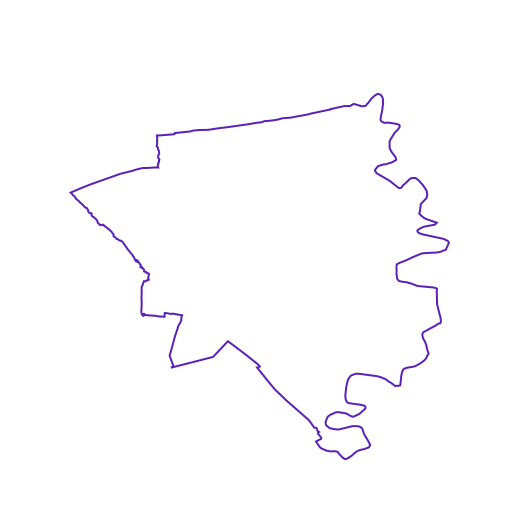 the district of Vetrisoaia, Vaslui, Romania, rotated 11°
{"feature_id": "2599482B68362790153734", "entity_name": "Vetrisoaia", "entity_type": "district", "adm_level": 2, "iso_a3": "ROU", "parent_name": "Romania", "parent_adm1": "Vaslui", "projection": "robinson", "projection_center": [28.193, 46.447], "detail": "fine", "context": "isolated", "style": "outline", "palette": "violet", "viewbox_px": 512, "rotation_deg": 11, "n_neighbors": 0, "source": "geoboundaries", "source_scale": "gbopen_adm2", "svg_char_len": 6085}
<svg xmlns="http://www.w3.org/2000/svg" viewBox="0 0 512 512"><g transform="rotate(11 256 256)"><path d="M350.3,426.7L354.7,431.1L356.1,432.1L361.6,433.5L363.9,433.7L367.3,433.4L370.7,432.6L372.9,432.6L373.9,433.0L375.5,434.5L378.1,436.4L380.0,437.6L381.9,438.4L383.7,437.8L386.0,435.9L388.2,433.6L389.4,431.9L392.0,428.7L394.6,426.9L396.6,425.9L398.7,425.1L403.2,422.4L403.7,421.4L404.1,419.6L401.6,416.4L396.4,410.6L395.5,409.3L394.2,406.8L393.4,405.5L392.9,405.0L391.6,404.1L389.2,403.6L384.2,404.3L381.9,405.2L370.1,410.6L368.4,410.8L365.8,411.0L361.6,411.0L359.9,410.3L357.7,409.1L356.7,408.0L356.3,407.0L356.1,405.8L356.1,404.6L356.7,401.5L357.4,399.6L360.2,396.9L361.6,396.2L363.5,394.6L365.8,393.7L367.5,393.5L369.2,393.6L371.7,393.3L374.3,393.4L376.0,393.7L379.0,394.9L381.6,395.3L382.4,395.1L387.7,391.2L392.1,385.4L392.5,384.4L392.2,383.2L391.6,382.6L390.8,382.3L388.2,382.1L385.5,382.1L383.8,382.3L375.0,382.7L374.1,382.6L372.7,381.6L371.1,378.9L370.7,377.5L370.2,375.3L369.6,367.2L369.7,362.6L370.0,359.7L371.4,356.1L372.6,354.8L374.5,353.7L375.8,352.8L377.8,352.2L380.3,351.9L397.4,350.9L401.1,351.1L406.3,352.1L409.0,353.2L409.6,353.7L412.9,354.8L417.6,357.2L418.6,356.5L420.0,356.5L422.3,355.4L421.5,346.3L421.5,343.4L421.8,340.5L422.1,339.6L422.7,338.8L424.3,337.5L426.2,336.6L430.3,335.1L433.3,333.8L435.7,331.8L438.1,329.7L441.5,325.9L442.8,323.2L443.1,321.3L443.7,320.0L444.0,318.8L441.3,314.0L440.3,311.3L438.8,308.7L436.9,306.3L436.2,305.6L435.6,304.8L434.2,301.3L434.5,299.5L435.0,298.7L445.2,290.3L448.1,287.5L449.4,287.1L450.0,286.0L450.0,285.0L449.1,281.8L443.0,268.9L440.2,256.4L439.9,253.6L439.4,253.3L437.6,253.1L435.5,253.1L420.5,254.6L416.6,254.0L413.1,253.3L410.8,253.3L409.8,253.0L404.9,253.3L401.1,253.3L399.4,251.9L398.8,251.0L397.2,246.2L397.0,244.4L395.9,239.7L395.8,237.7L396.2,236.9L399.8,234.3L403.5,232.1L410.3,227.1L417.6,222.3L419.3,221.5L421.4,220.9L428.5,219.1L432.8,218.1L436.7,216.5L439.2,214.7L441.1,213.7L442.8,206.6L442.6,205.6L441.8,205.0L440.9,204.5L437.3,203.5L434.2,203.3L416.3,203.0L414.0,202.8L411.5,202.3L410.5,201.8L409.9,201.1L409.6,199.9L412.3,197.2L415.4,195.1L425.6,191.1L427.1,188.8L416.4,187.3L414.0,186.7L410.4,184.9L408.1,183.1L408.4,181.3L407.9,173.7L408.2,172.9L412.0,167.1L412.4,166.3L412.3,162.5L411.1,159.6L408.7,156.9L405.8,154.1L404.1,153.0L402.1,151.3L398.8,149.4L397.7,149.1L396.5,149.2L393.4,150.0L391.9,151.6L389.7,154.9L386.8,158.7L385.8,160.9L385.1,161.6L383.5,162.1L382.3,161.6L372.7,156.6L358.7,151.8L356.6,149.6L356.4,148.7L358.7,144.5L363.3,142.0L366.1,141.1L369.7,139.1L371.2,138.4L375.0,135.3L375.1,134.4L374.3,132.6L373.6,131.8L372.0,130.5L369.1,127.8L366.6,124.7L365.3,118.3L365.4,117.3L366.3,114.6L368.7,108.4L370.4,106.0L371.8,103.4L372.4,101.6L372.1,100.7L371.6,99.9L368.3,99.5L360.7,99.8L356.5,100.8L355.4,100.6L353.3,99.8L352.6,99.1L352.2,98.2L352.0,95.4L352.1,89.7L352.0,86.9L351.7,84.9L351.8,83.2L351.8,82.4L351.1,80.1L350.9,78.7L350.4,77.1L349.2,75.3L347.8,74.2L346.9,73.8L345.1,73.6L344.3,73.7L341.8,76.1L339.3,79.4L336.7,84.9L335.9,85.6L335.5,87.0L335.0,87.6L332.7,88.6L331.0,88.8L323.0,88.0L319.7,90.8L316.3,91.6L314.6,91.8L312.6,92.6L301.1,97.6L301.2,97.9L282.5,105.8L280.5,106.9L263.5,113.6L254.9,116.0L253.4,117.0L249.1,118.8L243.1,120.8L238.3,122.1L235.9,123.7L231.2,125.1L222.5,128.4L204.0,134.8L193.5,138.2L186.7,140.7L183.6,141.6L176.4,143.1L170.3,144.9L167.6,146.3L152.8,150.8L152.8,151.7L151.8,152.3L139.6,155.7L135.7,156.6L135.9,157.6L136.6,158.7L136.8,161.7L137.4,163.8L137.5,165.2L137.5,166.8L137.6,167.4L139.0,168.2L139.4,170.0L140.5,171.0L141.3,173.4L141.4,174.4L141.1,175.0L140.8,177.0L141.0,177.6L141.4,178.4L142.5,179.3L142.8,179.9L142.5,180.6L142.7,181.1L142.9,182.3L142.3,183.2L142.2,183.9L142.2,184.4L142.6,184.7L142.4,185.3L142.4,186.2L142.7,187.2L143.1,187.8L140.7,188.2L131.3,190.6L128.1,191.2L122.3,193.8L117.9,196.2L107.0,201.3L79.7,217.4L71.9,222.4L62.0,229.1L63.3,230.0L64.3,230.9L67.5,232.8L68.0,233.9L72.3,236.3L73.3,237.3L74.5,237.7L79.2,241.0L80.7,241.2L81.3,241.7L82.3,242.9L83.0,244.4L83.4,244.9L84.2,245.4L85.0,245.7L86.1,245.4L86.6,245.8L86.9,247.6L87.1,247.8L88.5,248.7L89.7,248.9L90.6,249.7L92.1,250.5L93.6,251.9L94.2,253.5L96.0,254.6L96.6,255.2L97.1,255.4L97.6,255.4L99.8,254.4L100.5,254.7L100.6,255.1L101.9,255.4L103.0,256.2L103.9,256.5L105.8,257.7L107.1,258.1L108.1,258.9L108.9,259.3L110.4,260.5L110.7,260.9L112.1,262.1L112.3,262.9L112.3,263.6L113.5,264.4L114.3,264.6L115.5,265.3L115.7,265.6L116.1,265.9L117.0,265.8L117.8,266.3L119.2,266.8L120.1,266.7L120.8,267.2L121.4,267.1L122.1,267.4L128.9,274.0L134.7,278.7L135.4,279.7L136.4,280.4L136.8,281.2L137.7,282.1L138.3,282.8L138.2,283.2L138.4,283.4L139.0,283.3L139.4,282.7L139.8,282.7L140.0,283.0L139.9,283.4L139.4,283.9L139.5,284.2L140.1,284.3L140.1,283.8L140.2,283.6L141.2,283.6L141.5,284.4L142.1,284.6L143.1,285.4L143.5,285.8L143.8,286.4L144.3,286.6L144.5,287.3L145.1,287.9L144.8,289.0L145.9,288.9L146.7,289.0L146.9,289.3L146.7,289.7L146.8,289.9L148.1,290.3L148.6,290.7L149.2,292.0L149.1,292.5L149.9,292.7L150.9,292.6L151.3,292.7L151.8,293.5L152.7,293.6L153.5,293.5L154.1,293.8L154.5,294.4L154.3,296.5L154.4,298.5L154.6,298.9L155.1,299.2L155.2,299.5L155.1,300.2L153.2,300.9L152.6,301.8L152.2,302.0L150.9,302.0L150.4,304.2L150.2,306.5L149.7,308.0L149.9,309.8L151.0,314.9L151.4,318.1L152.8,324.2L153.4,327.9L153.9,331.8L154.5,333.9L155.0,335.1L156.8,336.3L157.2,336.0L156.9,335.1L156.8,334.3L157.1,334.1L158.2,334.7L158.3,335.1L161.5,334.8L168.4,333.9L173.7,333.8L174.3,333.5L177.8,333.1L177.3,329.4L177.6,329.2L183.9,329.1L184.8,328.5L194.8,328.3L194.5,330.5L194.7,332.2L195.0,333.3L194.6,334.5L194.5,335.6L194.2,336.8L193.6,337.7L193.0,340.0L192.9,342.2L191.8,350.0L190.9,362.7L190.2,370.2L191.5,372.5L195.8,379.6L195.7,380.3L193.8,381.9L232.6,363.5L233.5,362.7L234.5,361.1L244.7,345.0L264.6,354.7L278.6,362.0L280.8,363.8L279.4,365.0L278.4,365.3L292.9,377.6L300.3,383.6L310.5,390.1L312.7,391.6L338.5,406.6L340.9,408.5L345.9,413.4L347.5,413.1L348.5,413.6L349.5,415.7L351.4,416.7L350.8,417.2L350.6,418.4L354.7,421.9L354.9,423.0L350.3,426.7Z" fill="none" stroke="#5b21b6" stroke-width="2"/></g></svg>